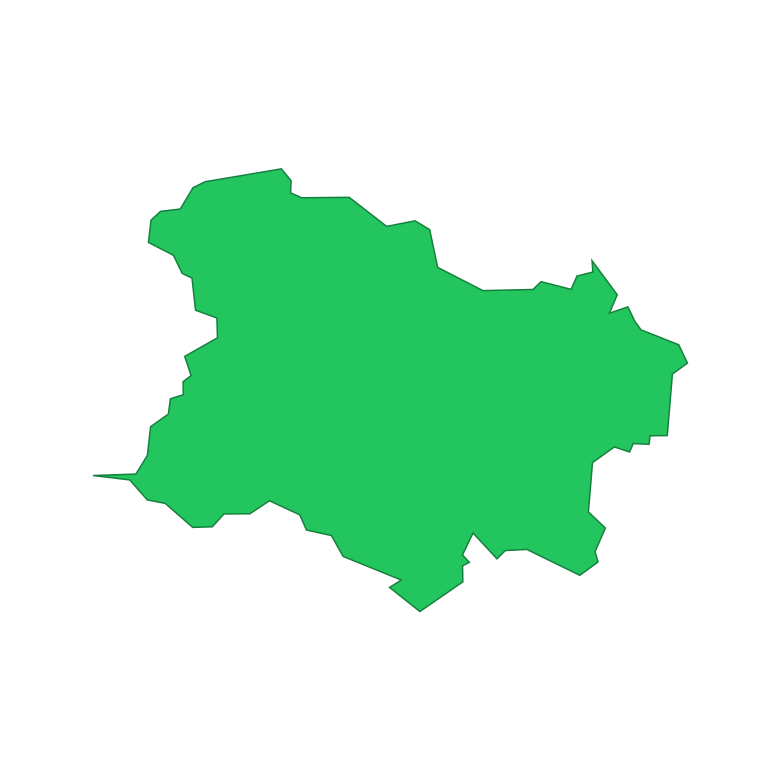 Bosilovo, Bosilovo, North Macedonia, rotated 260°
{"feature_id": "65306769B43786994605209", "entity_name": "Bosilovo", "entity_type": "district", "adm_level": 2, "iso_a3": "MKD", "parent_name": "North Macedonia", "parent_adm1": "Bosilovo", "projection": "orthographic", "projection_center": [22.779, 41.481], "detail": "fine", "context": "isolated", "style": "filled", "palette": "green", "viewbox_px": 768, "rotation_deg": 260, "n_neighbors": 0, "source": "geoboundaries", "source_scale": "gbopen_adm2", "svg_char_len": 1153}
<svg xmlns="http://www.w3.org/2000/svg" viewBox="0 0 768 768"><g transform="rotate(260 384 384)"><path d="M344.4,81.5L333.7,116.9L310.9,130.8L304.4,147.8L276.0,170.7L273.2,190.1L283.8,203.8L279.5,229.4L288.9,250.9L269.8,278.3L253.6,282.3L243.9,305.9L221.3,313.8L187.9,367.0L182.7,354.1L153.7,379.8L175.5,427.3L191.3,429.8L193.6,437.1L202.0,431.6L221.8,445.8L192.2,464.9L198.9,474.5L196.3,495.9L161.6,543.6L171.6,563.9L182.2,562.7L203.7,577.0L222.5,563.1L270.4,575.7L282.0,599.9L274.4,614.0L282.0,619.1L278.6,634.6L286.8,637.0L284.0,654.0L343.8,669.8L351.9,686.5L371.4,681.1L392.7,646.5L402.4,641.8L417.6,637.6L414.6,618.3L431.4,629.2L469.3,610.3L458.0,609.1L456.8,592.8L444.7,584.7L457.5,556.4L451.2,547.2L458.8,497.6L489.5,457.1L528.1,455.8L539.3,442.9L538.8,413.9L573.9,382.1L581.7,335.2L588.5,325.2L600.3,327.8L613.7,320.3L614.3,243.3L610.6,230.1L591.7,213.7L592.8,193.9L585.8,183.0L564.3,176.6L547.3,199.0L527.9,204.5L521.6,213.3L489.4,211.2L478.0,230.9L458.4,228.0L445.8,192.5L425.9,195.5L421.1,186.5L408.3,184.5L406.6,171.1L391.8,166.4L382.5,146.7L354.8,138.6L338.4,124.0L344.4,81.5Z" fill="#22c55e" stroke="#15803d" stroke-width="1.5"/></g></svg>